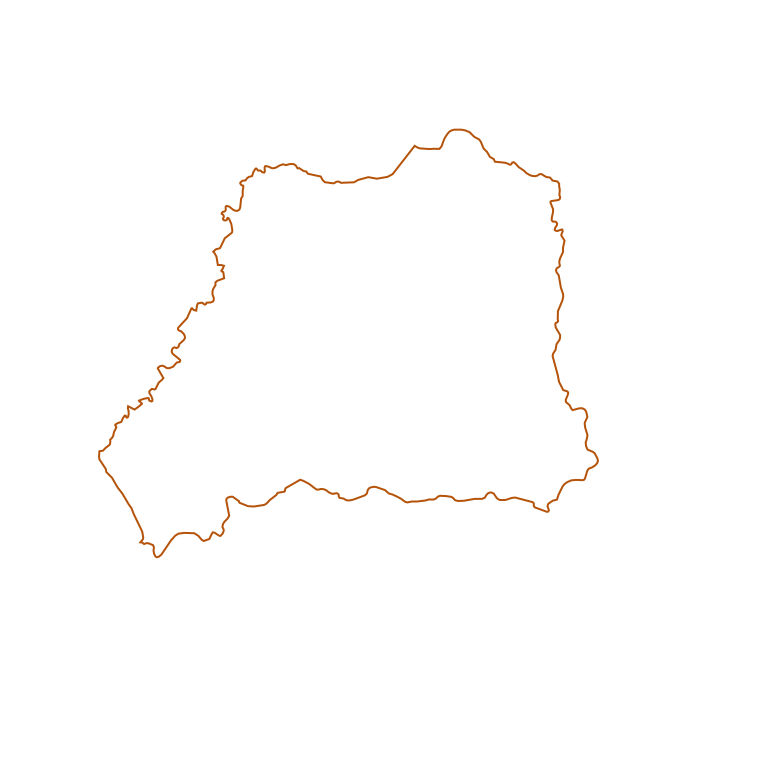 outline of Piraera, Lempira, Honduras, rotated 29°
{"feature_id": "27666195B26013568254344", "entity_name": "Piraera", "entity_type": "district", "adm_level": 2, "iso_a3": "HND", "parent_name": "Honduras", "parent_adm1": "Lempira", "projection": "mercator", "projection_center": [-88.47, 14.049], "detail": "fine", "context": "isolated", "style": "outline", "palette": "amber", "viewbox_px": 768, "rotation_deg": 29, "n_neighbors": 0, "source": "geoboundaries", "source_scale": "gbopen_adm2", "svg_char_len": 6165}
<svg xmlns="http://www.w3.org/2000/svg" viewBox="0 0 768 768"><g transform="rotate(29 384 384)"><path d="M591.3,401.3L590.3,396.1L589.9,386.9L590.4,384.0L591.9,380.9L594.5,377.5L598.6,374.7L604.4,371.8L605.4,370.8L605.6,369.2L604.0,361.9L603.9,359.9L604.4,358.4L606.3,356.2L608.2,352.8L608.8,349.8L608.4,347.5L606.8,345.7L601.8,342.4L599.3,342.1L593.9,342.7L591.0,340.5L588.8,337.5L587.9,333.3L586.7,330.0L581.0,324.5L578.7,321.3L578.3,320.0L577.9,314.3L574.4,310.3L571.9,309.0L569.1,309.1L566.6,310.6L561.6,315.4L560.0,314.9L556.5,312.5L552.0,311.6L550.7,310.0L549.9,303.8L549.2,302.1L547.9,301.6L543.7,302.4L536.1,297.3L531.5,291.8L517.9,277.8L517.2,275.4L517.5,270.9L515.6,265.6L516.1,260.4L515.5,257.9L514.2,255.7L506.8,251.3L504.9,248.9L504.6,247.4L505.6,246.1L505.8,244.6L504.4,242.9L500.8,235.9L499.5,224.2L498.2,220.3L496.7,218.2L492.1,214.1L484.6,204.8L483.6,203.9L480.9,202.7L479.2,201.0L479.0,199.1L480.5,196.3L480.5,195.3L478.7,193.2L477.6,191.0L477.0,187.9L476.6,181.7L474.6,178.3L472.4,171.1L467.1,168.2L466.6,167.0L466.3,164.0L465.1,162.5L464.4,162.8L461.5,166.1L459.7,166.7L458.6,166.5L458.0,164.8L458.2,161.3L457.6,159.7L456.1,158.9L454.7,159.1L452.9,160.1L451.3,159.5L450.2,157.4L448.6,152.1L447.3,149.3L441.4,144.4L441.3,143.7L441.6,142.9L446.9,138.9L447.8,137.7L448.0,136.5L447.4,135.1L445.8,133.7L443.6,128.9L441.2,126.0L440.1,123.9L437.5,122.8L432.7,124.4L430.9,123.5L428.9,123.0L425.6,124.3L419.9,124.1L418.2,125.2L417.2,127.3L415.4,129.0L412.6,130.2L409.8,130.6L406.2,130.5L403.2,129.6L396.6,129.0L392.0,127.4L389.9,127.1L388.9,128.1L388.7,130.3L387.7,131.2L384.3,131.4L381.9,132.1L373.2,135.8L371.0,134.1L366.5,134.0L361.7,131.1L357.0,129.8L351.1,125.1L348.6,124.0L343.3,124.1L336.9,122.3L332.5,122.7L328.4,124.0L322.0,127.6L320.1,129.5L318.8,131.8L318.2,134.7L317.9,138.8L318.0,141.2L319.1,148.3L318.5,151.5L313.0,154.4L310.2,156.3L301.2,160.5L298.1,161.0L295.4,160.8L289.8,196.3L286.6,201.2L278.2,207.9L270.0,210.7L262.5,218.0L260.0,222.1L248.9,228.9L246.9,228.8L245.3,229.4L244.1,230.5L243.1,232.5L242.3,233.1L234.4,236.2L231.3,235.3L228.1,233.2L215.6,237.0L212.9,235.8L210.7,236.7L205.1,236.3L203.9,237.3L200.8,235.6L198.2,235.5L194.8,237.4L192.2,240.1L189.7,240.6L188.7,241.3L186.7,243.6L184.5,247.2L182.6,249.0L181.1,249.6L177.5,249.9L174.6,250.9L174.4,251.5L174.7,252.7L176.8,256.0L176.6,257.3L174.7,257.8L172.6,257.2L170.2,258.4L168.1,257.4L167.2,257.9L167.0,262.0L167.8,266.1L165.3,268.5L164.4,270.6L164.2,273.0L161.6,274.9L160.7,277.5L161.1,278.3L162.0,278.9L163.3,279.2L164.6,278.8L165.3,279.5L166.8,283.6L169.3,288.2L169.1,291.0L172.6,299.2L173.0,301.6L171.9,303.6L169.8,304.6L167.1,304.7L163.0,303.9L160.2,304.4L159.7,305.1L159.7,306.0L161.1,308.3L161.3,309.6L161.0,310.3L159.6,311.6L159.2,313.2L159.6,313.9L161.4,314.0L162.5,314.9L163.0,315.8L162.9,317.5L164.3,318.4L165.5,318.2L166.7,317.2L167.0,316.3L166.5,315.1L166.8,314.5L167.4,314.3L168.8,314.9L172.8,318.0L176.7,322.9L177.5,324.7L177.5,325.7L174.1,333.7L174.7,344.4L174.2,345.3L171.8,347.5L170.5,351.0L172.9,352.0L175.8,353.9L181.0,360.5L183.9,358.9L186.7,358.2L187.1,361.1L186.8,363.8L187.4,364.2L188.6,364.0L189.3,364.2L192.9,369.0L188.2,374.5L187.3,376.8L188.7,379.3L188.5,383.7L189.1,386.2L190.6,388.8L193.6,391.5L194.4,393.2L194.5,394.6L192.9,396.7L189.4,398.9L189.5,400.4L189.0,401.3L188.0,401.5L186.4,401.1L185.2,401.2L182.1,403.8L182.3,405.6L184.2,410.9L181.5,411.5L179.4,410.8L178.9,411.2L179.8,422.0L176.7,434.6L177.1,435.8L178.2,436.6L181.4,436.3L184.8,437.4L186.7,438.8L187.7,440.5L187.5,442.9L185.6,448.3L186.2,450.6L186.0,451.9L185.1,453.2L183.0,453.5L182.0,454.8L181.9,456.7L182.6,458.6L184.4,460.0L193.8,461.7L194.3,462.1L194.7,463.2L194.4,464.0L192.3,465.7L191.2,471.0L188.7,474.1L186.3,475.4L182.7,475.1L181.0,475.6L179.5,476.9L178.4,479.3L178.7,480.1L188.2,485.8L187.7,488.3L186.3,491.8L186.6,499.2L185.9,500.1L184.1,500.5L183.1,501.2L182.3,504.2L183.1,505.6L186.4,507.5L188.9,509.6L189.6,511.2L189.1,512.0L187.2,512.3L186.2,511.9L185.4,510.7L184.5,510.6L181.2,513.3L177.8,517.2L177.8,517.5L181.4,518.3L181.9,518.7L180.0,523.6L178.2,527.3L171.0,527.5L171.7,529.3L173.8,531.6L175.2,533.9L176.1,536.6L175.9,537.6L175.3,538.1L174.6,538.0L173.6,537.0L172.5,537.4L172.2,540.3L172.6,544.6L170.2,547.1L168.7,549.7L169.0,550.5L170.3,551.0L170.9,551.8L171.2,557.1L172.3,560.8L172.2,563.3L171.5,565.4L172.7,567.3L173.6,569.9L171.4,575.1L170.5,578.6L167.7,580.8L170.0,585.8L171.7,587.9L181.7,593.1L183.8,595.6L191.6,597.9L201.1,603.6L208.3,606.7L219.0,613.0L223.3,615.0L228.2,619.1L243.1,629.6L244.5,630.8L248.0,635.2L248.4,636.7L247.7,640.6L249.3,639.9L251.7,640.3L253.6,638.2L255.3,637.5L260.1,636.9L261.9,638.3L263.3,641.6L265.2,643.9L267.6,645.6L269.3,645.7L270.7,644.3L272.0,641.2L273.5,624.3L274.9,618.0L276.7,614.6L281.4,611.1L290.4,606.5L295.3,606.8L300.0,608.6L302.5,608.7L306.4,604.2L306.0,598.5L306.2,596.7L308.1,596.2L312.9,596.6L314.2,596.4L314.8,595.8L315.4,592.8L315.0,590.2L314.3,589.0L312.0,587.4L311.1,584.6L311.2,582.0L312.4,577.5L312.5,574.3L302.3,562.1L302.0,560.6L302.4,559.1L304.3,557.1L306.3,556.0L314.1,556.8L314.8,557.8L315.3,557.9L324.2,556.8L329.5,554.3L337.4,548.2L338.5,546.9L339.3,545.2L340.3,541.1L343.6,533.3L343.7,530.8L349.0,526.5L349.2,525.6L348.5,523.9L348.6,522.5L357.1,508.4L360.3,507.8L366.9,507.7L375.8,509.0L377.6,508.4L379.7,506.4L381.8,505.4L384.5,504.9L388.5,505.5L391.1,505.3L393.0,504.6L395.0,502.8L396.3,502.3L397.8,502.6L399.2,504.5L400.4,505.1L404.2,503.8L407.3,503.9L408.7,503.4L410.5,502.4L413.3,499.9L421.3,490.6L422.1,488.0L421.2,484.6L421.4,482.6L422.7,480.7L425.3,478.6L427.2,477.9L436.3,476.3L441.2,477.4L445.3,476.5L449.4,476.2L454.4,476.1L459.3,476.8L461.8,476.3L465.4,473.2L469.7,470.9L476.7,465.8L479.3,463.2L483.4,461.0L484.8,459.3L485.9,456.1L487.4,454.5L492.7,451.9L497.5,450.1L499.4,450.1L502.6,451.2L505.7,450.3L510.6,447.3L518.9,440.6L525.5,436.9L527.3,434.5L527.4,431.0L527.9,429.3L529.0,427.8L530.3,426.9L533.1,426.6L537.9,429.1L539.8,429.4L541.7,429.2L546.4,426.6L551.1,421.6L553.8,419.7L571.2,415.3L572.8,415.7L574.2,418.1L575.7,418.8L588.6,416.8L589.5,415.8L589.4,414.4L586.4,411.8L585.9,410.4L585.8,408.9L588.2,404.2L591.3,401.3Z" fill="none" stroke="#b45309" stroke-width="2"/></g></svg>